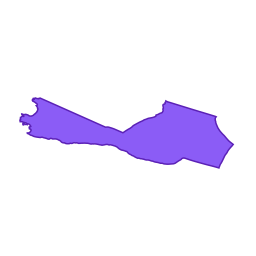 the district of Sveitarfélagið Skagaströnd, Norðurland vestra, Iceland, rotated 24°
{"feature_id": "244011B17586381133924", "entity_name": "Sveitarfélagið Skagaströnd", "entity_type": "district", "adm_level": 2, "iso_a3": "ISL", "parent_name": "Iceland", "parent_adm1": "Norðurland vestra", "projection": "robinson", "projection_center": [-20.221, 65.865], "detail": "fine", "context": "isolated", "style": "filled", "palette": "violet", "viewbox_px": 256, "rotation_deg": 24, "n_neighbors": 0, "source": "geoboundaries", "source_scale": "gbopen_adm2", "svg_char_len": 5636}
<svg xmlns="http://www.w3.org/2000/svg" viewBox="0 0 256 256"><g transform="rotate(24 128 128)"><path d="M204.0,81.9L202.9,81.9L195.5,82.8L178.9,84.9L156.3,87.6L154.1,87.9L153.4,88.0L151.7,87.9L151.8,88.1L151.8,88.7L151.7,88.9L151.5,89.6L151.5,89.8L151.9,90.3L151.9,90.5L151.8,91.0L151.7,91.2L150.8,91.9L150.7,92.1L150.6,92.4L150.6,92.8L150.7,93.1L150.8,93.3L151.8,94.8L152.2,95.4L152.2,96.0L152.1,96.4L152.2,96.6L152.9,97.5L153.0,97.9L153.1,98.6L153.0,99.1L153.0,99.6L152.8,100.2L152.5,100.5L151.6,101.3L151.0,101.9L150.5,102.5L150.4,102.8L150.2,103.1L150.0,103.3L148.9,104.3L148.6,104.6L148.4,104.7L148.4,104.9L148.4,105.1L148.6,105.6L148.6,106.0L147.7,107.1L146.1,108.5L142.5,111.0L140.9,112.7L139.5,113.9L138.5,115.4L136.4,117.7L134.2,120.5L132.1,123.3L131.5,124.4L131.1,125.6L130.7,126.3L129.9,127.6L128.8,129.0L127.3,131.2L125.3,134.4L115.6,134.5L113.0,134.7L111.6,134.9L109.9,135.1L108.5,135.6L107.9,136.0L107.1,136.4L35.9,136.4L35.9,136.5L35.6,136.6L35.2,136.7L34.8,136.9L34.8,137.3L34.6,137.6L34.2,137.6L33.6,137.9L33.3,138.0L32.9,138.1L32.3,138.2L31.9,138.2L31.3,138.2L31.0,138.4L30.9,138.7L30.4,139.0L29.8,139.3L30.0,139.5L30.7,139.9L30.6,140.1L30.3,140.4L29.8,140.5L29.2,140.5L29.2,141.4L29.8,142.0L30.1,142.2L31.4,142.2L31.9,142.3L33.4,142.5L33.6,142.7L33.9,142.8L34.3,142.8L35.3,143.1L35.5,143.3L35.7,143.6L35.8,144.0L35.6,144.5L35.1,144.9L36.2,145.5L36.6,145.7L37.0,146.1L37.0,146.4L37.2,146.7L37.7,146.9L38.0,147.3L37.9,147.5L38.1,147.9L38.2,148.3L38.1,148.7L38.3,149.4L38.3,149.6L38.3,149.9L38.1,150.2L38.2,150.4L37.9,151.2L37.4,152.8L37.1,153.0L36.9,153.5L36.6,154.1L36.4,154.8L35.8,155.5L35.0,156.3L34.0,156.8L33.2,157.0L32.6,157.1L31.4,156.8L29.5,157.0L29.0,157.1L28.7,157.3L28.6,157.5L28.3,157.6L28.0,157.7L27.8,157.9L27.2,158.2L27.0,158.4L26.7,158.3L26.4,158.2L25.8,158.3L25.5,158.3L25.2,158.4L25.3,158.6L25.6,158.8L26.5,159.0L27.5,159.3L27.8,159.4L28.0,159.6L28.0,159.9L26.4,160.4L26.2,160.7L26.0,161.3L25.9,161.6L25.9,161.8L25.5,162.1L25.6,162.3L25.8,162.5L26.0,163.2L25.9,163.6L26.4,164.0L26.1,164.3L26.1,164.5L26.4,164.8L26.3,165.1L26.3,165.3L26.5,165.4L26.8,165.6L27.0,165.8L27.0,166.0L27.3,165.9L27.7,165.9L27.8,165.8L27.9,165.6L28.0,165.5L29.3,165.2L29.6,165.2L30.1,165.4L30.1,166.3L30.4,166.6L30.2,166.8L30.4,167.3L31.1,168.2L30.8,167.3L31.7,167.6L32.1,167.6L30.9,167.0L30.9,166.8L31.9,166.9L31.0,166.7L30.9,166.3L31.4,166.3L31.3,165.6L31.2,165.5L31.2,165.1L32.0,165.0L32.2,164.9L32.5,164.8L33.2,164.9L33.5,165.0L33.1,166.4L33.3,166.4L33.5,166.0L34.5,165.9L34.4,165.7L34.5,165.1L34.6,164.9L34.8,164.8L35.8,164.8L36.2,164.8L37.1,165.1L38.3,165.8L38.6,166.1L38.5,166.3L38.0,166.4L37.9,166.4L37.9,166.5L38.0,166.7L37.9,166.9L37.7,167.2L37.4,167.3L37.4,167.5L37.5,167.7L37.6,167.9L38.0,168.1L38.1,168.7L38.2,168.8L38.3,168.7L38.8,168.8L39.1,168.8L39.3,168.7L39.8,168.8L40.4,169.5L40.4,170.0L40.4,171.1L39.9,172.0L39.4,172.7L38.9,173.2L38.5,173.2L38.0,173.5L38.3,173.9L39.0,173.8L39.9,173.8L41.5,174.1L42.0,174.1L42.4,174.1L43.2,173.9L44.0,173.9L44.5,174.0L45.2,174.0L46.5,173.8L47.9,173.5L51.1,172.6L51.9,172.3L52.1,172.1L53.1,171.4L53.5,171.3L54.7,171.2L56.0,171.0L56.2,170.9L56.9,170.8L57.3,170.8L57.5,170.7L58.9,170.7L59.7,170.6L60.1,170.4L60.6,170.2L60.9,169.8L61.1,169.4L61.4,169.0L61.8,168.8L62.3,168.7L62.9,168.6L63.0,168.7L63.3,168.7L63.8,168.6L64.2,168.4L64.6,168.2L65.6,167.7L66.1,167.5L67.2,167.2L67.8,167.1L69.1,167.1L69.6,167.2L70.4,167.1L71.5,167.3L72.0,167.5L72.9,167.9L73.4,168.0L74.2,168.0L74.9,167.9L75.9,167.4L76.2,167.3L76.4,167.4L76.5,167.5L76.9,167.5L77.4,167.5L78.2,167.3L78.9,167.1L80.0,166.6L81.0,166.0L81.3,165.5L81.7,165.3L82.3,165.2L82.8,165.0L83.3,164.7L83.8,164.2L84.3,163.6L84.6,163.4L85.2,163.2L86.0,163.0L86.4,162.9L86.8,162.5L87.2,162.4L88.0,162.2L88.8,162.2L89.4,162.0L90.6,161.4L91.0,161.1L92.1,160.6L94.0,159.7L94.3,159.5L95.7,159.0L97.5,158.3L98.4,158.1L99.0,158.0L100.4,157.8L100.9,157.6L101.1,157.5L101.6,157.2L101.8,157.0L102.8,156.7L103.3,156.4L104.1,156.0L105.7,155.5L107.4,155.1L108.7,154.9L109.7,154.6L111.1,154.3L111.9,153.9L112.3,153.6L113.5,152.8L114.4,152.1L115.5,151.5L115.8,151.4L116.4,151.3L117.7,151.2L117.9,151.0L118.2,150.7L118.6,150.5L120.7,150.1L121.5,150.0L123.3,149.8L123.8,149.7L124.6,149.8L125.1,149.7L126.6,150.1L128.3,150.6L128.9,150.7L129.3,150.7L130.4,150.8L131.0,150.8L131.7,150.6L133.3,150.3L134.2,150.2L135.1,150.2L136.2,150.0L136.9,150.1L137.8,150.6L139.3,151.1L139.9,151.2L141.4,151.2L142.4,151.4L143.0,151.5L144.5,151.3L145.5,151.6L146.8,151.6L147.5,151.7L149.0,151.7L150.0,151.2L150.5,151.1L151.8,151.0L152.9,150.6L153.9,150.4L155.1,150.1L156.6,150.0L157.9,149.7L159.3,149.1L160.0,148.9L160.5,148.8L162.8,148.6L163.5,148.4L164.2,148.2L165.5,148.2L166.3,148.1L166.8,148.0L169.1,147.4L170.4,147.2L171.2,147.1L172.3,146.9L173.1,146.5L173.7,146.3L174.3,146.2L175.3,146.2L177.7,145.4L179.2,144.8L180.2,144.3L184.1,142.2L184.6,141.8L185.2,141.2L185.5,140.9L185.8,140.4L187.7,137.3L189.0,135.7L189.2,135.2L189.4,134.9L189.4,134.6L189.8,133.8L190.1,133.5L190.4,133.2L190.7,133.0L191.3,132.7L191.9,132.5L192.6,132.4L197.9,131.9L202.7,131.3L211.5,130.0L214.7,129.5L220.5,128.5L224.3,127.9L227.3,127.5L227.2,127.1L227.2,125.5L227.1,124.1L227.1,123.5L227.3,122.6L227.4,121.7L227.5,120.5L227.6,118.0L227.7,113.8L227.9,112.6L228.1,112.0L228.4,110.6L228.5,109.7L228.5,108.8L228.8,106.9L229.4,104.8L229.7,103.8L230.1,102.7L230.4,101.8L230.8,100.2L230.4,100.1L227.1,99.3L225.4,98.8L224.4,98.4L222.0,97.3L221.0,96.8L218.9,95.8L216.7,95.0L214.5,94.0L212.9,93.2L211.2,92.1L209.9,91.2L206.9,88.4L206.2,87.6L205.8,87.1L205.4,86.3L204.6,85.5L204.2,84.7L203.9,84.1L203.7,83.5L203.8,82.7L204.0,81.9Z" fill="#8b5cf6" stroke="#5b21b6" stroke-width="1.5"/></g></svg>